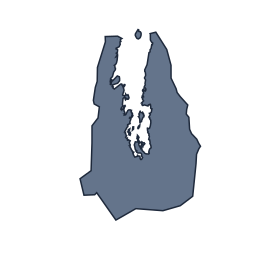 Porsáŋgu sme 2, Finnmark, Norway, rotated 335°
{"feature_id": "86288312B48399951224278", "entity_name": "Porsáŋgu sme 2", "entity_type": "district", "adm_level": 2, "iso_a3": "NOR", "parent_name": "Norway", "parent_adm1": "Finnmark", "projection": "albers", "projection_center": [25.158, 70.243], "detail": "fine", "context": "isolated", "style": "filled", "palette": "slate", "viewbox_px": 256, "rotation_deg": 335, "n_neighbors": 0, "source": "geoboundaries", "source_scale": "gbopen_adm2", "svg_char_len": 5980}
<svg xmlns="http://www.w3.org/2000/svg" viewBox="0 0 256 256"><g transform="rotate(335 128 128)"><path d="M193.7,52.9L187.9,51.8L187.9,52.4L185.5,57.7L185.6,59.6L185.9,60.8L186.3,61.0L186.0,61.9L185.2,62.8L184.7,62.5L182.5,65.7L181.1,66.4L180.2,68.3L178.9,68.5L172.1,78.6L167.7,82.4L167.1,83.9L167.3,84.5L166.7,86.6L166.0,88.1L164.2,89.4L164.0,90.1L164.3,91.5L164.1,92.1L162.2,94.9L161.9,96.2L160.2,97.4L159.5,98.5L160.5,98.9L160.2,99.7L160.7,100.3L159.6,101.2L160.0,101.3L159.8,101.6L159.2,101.8L159.0,101.2L158.5,101.2L158.5,99.6L157.9,99.4L157.1,100.0L156.9,100.5L157.1,102.1L157.0,103.0L156.5,103.1L155.8,103.8L155.2,104.9L155.4,105.9L155.2,106.3L154.3,105.2L153.4,106.4L153.8,107.5L153.3,108.2L153.6,110.0L150.9,111.0L151.2,111.2L151.0,112.2L150.4,112.8L150.9,113.9L152.6,114.0L155.4,116.5L156.2,115.7L158.1,115.8L158.2,116.6L157.7,117.0L157.9,117.6L157.0,119.5L157.0,120.2L157.8,120.7L155.8,123.5L154.3,124.0L153.6,123.7L153.5,123.9L154.0,124.2L153.8,125.3L151.6,126.8L151.8,127.1L151.6,127.7L152.0,128.1L151.7,128.7L151.6,129.6L151.9,130.5L150.9,132.9L149.0,135.7L147.3,137.4L145.7,137.1L145.8,135.8L145.3,136.7L144.5,139.0L144.6,139.9L144.1,140.2L144.1,141.1L144.5,141.8L144.5,142.3L143.8,143.3L143.9,144.1L143.7,144.9L141.9,147.1L142.1,147.7L142.6,148.0L141.9,150.5L141.2,151.5L141.4,152.2L141.2,153.9L140.6,155.7L139.1,156.0L138.0,156.9L136.9,158.2L136.9,158.8L136.5,159.0L136.5,160.0L135.7,160.3L133.5,159.1L132.3,157.7L132.3,156.7L131.3,154.4L131.8,152.7L131.4,151.9L130.9,152.1L131.0,150.6L133.4,151.5L134.2,150.2L134.3,149.4L134.8,150.2L136.6,149.4L136.3,148.7L136.4,148.2L135.4,147.9L134.8,146.6L134.1,147.8L134.3,146.8L134.1,146.6L133.4,148.6L132.5,149.5L130.8,150.1L130.7,149.6L130.7,147.9L131.6,145.3L131.9,145.2L131.8,146.6L132.9,146.5L132.6,145.2L132.4,142.6L134.0,141.1L133.7,140.8L133.9,139.9L133.5,138.6L132.7,140.1L132.3,140.1L132.4,140.8L131.6,141.4L132.2,142.0L131.6,143.1L131.8,143.4L131.1,144.5L130.4,144.6L128.8,143.6L126.5,146.0L126.3,147.7L125.6,150.1L125.6,151.3L126.3,152.1L125.6,152.5L125.9,152.8L125.7,153.8L126.2,154.1L126.3,154.8L128.8,155.9L129.3,156.9L129.3,157.6L128.5,159.2L128.8,160.9L127.0,162.2L126.1,161.8L126.1,160.8L126.7,159.3L126.4,158.6L126.6,158.4L125.4,157.8L125.1,156.0L125.1,157.7L121.9,157.3L121.6,155.2L121.7,153.8L122.1,152.9L122.6,152.6L121.9,152.4L122.5,151.4L122.0,150.9L122.2,150.4L121.9,149.0L122.0,147.5L121.7,146.6L122.2,145.2L121.9,144.8L122.5,144.8L122.9,144.2L122.8,143.3L123.1,141.7L124.6,140.5L123.5,139.1L122.8,139.3L122.7,139.2L123.1,139.0L122.6,138.6L123.0,138.2L122.5,137.4L123.0,136.8L122.3,136.7L122.0,135.6L122.1,135.4L122.0,135.2L123.5,134.5L123.2,133.7L123.5,132.1L122.8,132.4L123.7,131.4L123.6,130.5L123.2,130.2L127.5,126.9L128.2,126.8L128.9,126.1L128.7,125.4L129.1,124.8L131.6,124.9L131.5,124.5L132.0,124.3L132.0,123.5L134.3,121.2L133.5,119.6L134.4,119.1L134.9,119.7L134.6,120.3L135.1,120.3L136.2,119.1L136.1,119.8L136.6,119.7L137.7,118.8L137.5,118.3L137.6,118.1L137.1,117.9L138.1,116.9L138.1,116.4L137.8,116.5L137.6,115.8L137.6,115.2L138.4,113.8L138.0,113.8L138.2,113.3L138.1,112.8L136.4,111.9L135.2,112.1L131.5,115.0L130.8,114.9L130.9,114.4L130.9,114.1L130.7,114.0L130.8,114.2L130.3,114.5L130.2,114.5L131.8,112.4L131.6,111.6L131.9,109.7L133.7,107.5L134.2,107.4L133.9,107.0L134.8,106.4L134.7,106.3L133.9,106.9L133.8,106.6L134.0,106.4L133.7,106.4L133.7,106.8L131.1,108.8L130.6,108.4L130.0,109.0L129.9,108.2L129.5,108.1L130.1,107.2L132.7,105.7L132.9,105.3L132.8,104.6L133.7,102.9L136.0,99.1L138.2,98.5L138.0,99.2L138.4,99.5L137.7,100.3L137.6,101.5L139.5,100.8L139.8,101.8L140.5,102.0L141.7,101.1L142.1,98.3L142.0,97.8L141.3,98.0L140.2,97.2L140.4,96.9L140.3,96.5L140.1,97.2L138.5,97.2L137.2,96.3L137.1,95.7L140.4,92.1L140.8,90.0L141.2,89.3L140.8,89.2L141.0,88.5L141.5,88.2L142.1,88.7L142.7,88.4L142.6,88.2L143.0,87.7L142.8,87.6L144.0,87.7L142.5,86.7L142.7,87.0L142.5,87.5L140.8,87.6L140.7,86.6L141.1,86.7L140.8,86.4L140.9,85.5L140.0,85.1L132.1,86.9L131.3,85.4L132.0,84.5L131.2,83.9L131.3,83.3L132.0,83.0L131.9,82.6L132.2,82.4L137.6,83.0L140.4,81.6L141.3,79.7L141.8,77.9L140.3,76.3L133.9,78.8L131.9,78.7L132.4,79.5L131.6,80.3L131.4,81.1L129.9,81.2L131.0,80.6L131.0,79.7L131.8,78.6L131.9,77.8L132.4,77.1L133.6,77.6L133.7,77.3L132.8,76.4L133.2,75.7L135.6,74.9L138.6,71.3L141.2,69.8L141.9,68.5L141.6,68.0L142.4,66.0L142.1,65.4L143.9,65.0L145.2,64.0L146.9,61.8L148.9,58.4L147.3,58.4L149.7,56.8L149.8,56.5L148.9,55.5L149.1,55.1L150.3,55.0L151.5,53.1L151.7,52.5L151.4,52.1L150.6,51.4L150.9,50.7L154.3,50.6L156.4,48.8L156.6,47.7L157.3,46.5L158.1,46.6L158.2,45.3L158.6,44.5L160.3,44.3L157.4,40.4L146.0,35.5L143.9,40.4L125.9,60.2L119.8,72.7L115.6,77.3L108.3,88.3L107.5,91.9L111.0,96.7L105.1,106.2L96.3,110.8L89.0,126.4L76.5,151.1L63.1,153.7L59.7,170.3L69.6,174.4L72.3,173.4L78.1,206.3L101.0,204.4L124.7,217.7L142.5,220.5L157.8,217.2L174.5,189.2L179.0,180.8L183.5,176.7L186.0,175.2L185.6,171.8L185.6,167.2L183.2,160.0L183.3,155.2L187.7,144.0L186.7,140.0L189.0,136.0L191.9,132.4L188.6,121.7L187.5,116.6L188.2,112.7L188.1,101.0L193.5,89.3L196.3,73.2L193.7,52.9ZM175.1,51.7L177.2,51.3L178.4,50.2L179.2,49.2L179.9,47.7L180.0,46.9L179.8,46.0L178.6,45.0L179.2,43.6L178.7,43.0L174.5,45.8L173.8,46.9L173.7,48.3L173.9,50.3L174.2,50.9L175.1,51.7ZM145.9,119.1L146.1,118.0L145.8,118.0L145.5,119.1L145.1,118.9L143.9,119.8L143.7,120.3L144.0,120.9L142.9,122.0L142.3,122.1L142.6,122.6L142.4,123.3L142.6,123.8L142.3,125.1L141.1,128.0L143.0,127.9L143.3,127.2L146.2,124.6L147.1,124.6L147.8,123.5L147.5,123.5L147.6,122.0L148.1,121.6L148.0,120.9L147.7,120.8L147.9,120.4L147.9,119.8L146.8,119.9L145.9,119.1ZM140.0,130.2L138.1,130.9L136.8,132.2L136.9,132.9L137.4,132.9L138.4,131.8L138.9,131.9L140.0,130.2ZM127.2,133.8L127.2,132.9L126.7,132.8L125.9,134.5L126.8,135.5L127.2,135.1L127.1,134.6L127.9,134.3L128.1,133.3L127.2,133.8ZM129.3,129.5L127.6,129.7L126.6,131.4L126.1,131.4L126.3,131.8L127.8,131.4L129.3,129.5ZM131.1,131.8L132.6,131.3L133.6,129.3L132.9,129.0L131.1,131.8Z" fill="#64748b" stroke="#1e293b" stroke-width="1.5"/></g></svg>